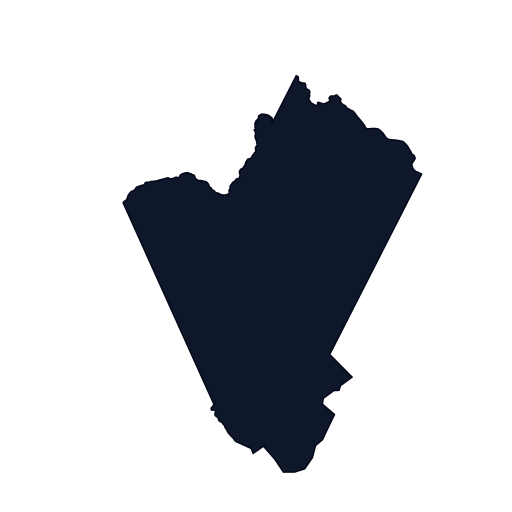 outline of Koroba/Kopiago District, Southern Highlands, Papua New Guinea, rotated 27°
{"feature_id": "67681753B5215612812424", "entity_name": "Koroba/Kopiago District", "entity_type": "district", "adm_level": 2, "iso_a3": "PNG", "parent_name": "Papua New Guinea", "parent_adm1": "Southern Highlands", "projection": "mercator", "projection_center": [142.383, -5.438], "detail": "fine", "context": "isolated", "style": "filled", "palette": "ink", "viewbox_px": 512, "rotation_deg": 27, "n_neighbors": 0, "source": "geoboundaries", "source_scale": "gbopen_adm2", "svg_char_len": 5927}
<svg xmlns="http://www.w3.org/2000/svg" viewBox="0 0 512 512"><g transform="rotate(27 256 256)"><path d="M210.0,77.1L210.0,131.8L208.8,127.3L208.3,126.5L207.7,125.9L206.8,125.5L205.1,125.4L203.8,125.0L202.9,125.0L202.3,125.1L201.2,125.5L199.7,125.7L197.2,126.7L196.6,127.1L196.2,127.5L195.4,128.9L194.8,129.7L194.8,130.4L194.9,130.7L195.3,130.9L195.5,131.1L195.5,131.4L195.7,131.5L195.4,132.4L195.4,132.8L195.4,133.5L194.9,135.0L194.7,135.9L194.8,137.4L194.9,138.4L195.4,139.4L196.0,140.1L196.0,140.3L196.2,140.6L196.2,140.9L196.7,141.9L197.4,142.4L197.7,143.0L197.7,143.3L197.6,143.9L197.2,144.6L198.1,145.1L199.6,146.5L200.0,147.1L200.2,147.6L200.2,147.8L200.4,148.0L200.5,149.1L200.8,149.9L201.4,150.6L201.5,150.8L202.4,151.8L203.4,152.5L204.1,153.1L204.5,153.8L204.9,154.1L205.9,155.6L206.3,156.0L206.6,156.5L206.6,157.5L206.4,158.2L206.4,159.9L207.1,161.1L207.7,161.8L208.1,162.4L208.2,162.7L208.2,163.2L207.8,164.9L207.8,165.9L207.7,166.6L207.5,166.8L207.3,167.9L207.2,170.6L206.6,171.7L206.2,172.2L205.5,172.8L205.3,172.9L205.0,173.2L204.6,173.6L204.6,174.3L204.4,175.6L204.3,177.3L204.5,177.8L204.5,178.1L204.8,179.0L204.9,179.5L204.9,180.2L204.7,180.6L204.6,181.9L204.7,182.0L204.5,183.4L204.3,183.8L203.4,185.1L203.0,185.8L203.0,186.3L202.8,186.6L202.8,188.0L202.9,188.3L203.7,189.7L204.9,191.0L205.2,191.5L205.4,192.2L205.5,193.0L205.6,193.4L205.5,194.1L205.3,194.6L205.0,195.1L204.6,195.4L204.1,195.7L203.7,196.1L203.4,196.7L203.3,197.7L203.1,198.8L202.9,199.5L202.7,199.6L202.7,199.8L202.0,200.7L201.7,201.5L201.7,202.3L201.6,203.4L201.3,204.0L201.3,204.5L201.3,205.3L201.4,205.8L202.1,207.3L202.2,207.8L202.2,208.3L202.2,209.4L202.2,209.9L202.5,210.4L202.9,210.8L203.3,211.4L203.4,212.1L203.4,212.6L203.3,213.0L203.0,213.6L201.6,215.0L200.8,215.7L199.7,216.3L198.9,216.5L198.4,216.9L198.0,216.9L197.6,217.1L196.2,217.2L194.4,217.1L193.8,217.2L191.8,217.7L191.3,217.7L190.8,217.6L189.2,216.9L188.2,216.9L188.2,217.0L187.1,217.0L186.4,216.8L185.5,215.9L185.1,215.7L184.3,215.7L183.2,215.5L182.6,215.1L181.4,213.8L179.2,212.7L177.5,212.5L177.2,212.7L175.1,213.1L174.8,213.3L174.5,213.3L174.1,213.5L173.2,213.6L172.5,213.8L172.1,214.0L171.8,214.4L171.6,214.4L171.4,214.7L170.9,214.6L170.5,214.8L168.6,214.8L167.1,214.5L166.3,214.0L165.5,213.1L164.9,212.5L164.1,212.1L163.7,212.1L163.3,212.3L162.8,212.4L161.9,212.4L160.8,212.3L159.8,212.6L158.0,212.6L156.9,213.0L154.7,214.5L152.9,216.4L152.3,217.2L151.8,218.2L151.9,219.9L151.7,220.8L151.5,221.0L151.1,221.7L150.6,221.9L150.0,221.9L149.9,221.8L149.4,221.9L149.1,221.9L148.4,222.6L147.2,224.2L146.0,225.2L145.1,225.8L143.9,226.2L142.2,226.2L141.2,226.9L140.8,227.3L140.5,227.5L139.1,229.0L138.6,229.3L138.2,229.8L137.8,230.0L136.8,231.0L136.4,231.3L136.1,231.5L133.5,234.1L131.3,235.7L129.0,237.0L128.3,237.6L127.4,238.6L126.6,239.1L126.2,239.5L125.4,239.9L125.0,239.9L124.6,240.2L124.3,240.5L124.1,241.0L124.1,242.0L123.9,243.1L123.7,243.6L123.2,244.0L123.1,244.3L121.2,245.7L120.8,246.1L120.4,246.7L119.0,248.1L118.5,248.7L118.1,249.8L118.0,250.4L118.0,251.4L117.5,253.0L117.1,253.6L115.7,255.0L115.2,256.0L115.2,256.4L114.9,257.3L114.6,259.4L114.6,260.5L114.7,261.3L114.9,261.7L115.0,262.4L115.0,264.7L114.8,265.5L113.8,267.0L113.3,268.4L113.8,269.2L284.3,406.0L285.4,405.7L285.7,405.8L285.8,406.1L285.5,407.0L285.5,407.7L285.8,408.3L285.9,408.7L285.5,410.4L285.1,411.3L285.1,411.9L285.4,412.5L285.8,413.0L286.1,413.4L286.9,413.3L287.9,412.8L288.9,412.1L289.6,412.2L290.0,412.4L290.4,412.8L290.6,413.2L290.7,414.0L290.8,414.6L291.2,415.4L291.6,416.2L292.0,416.5L292.4,416.7L293.0,416.8L293.5,417.2L294.7,417.1L295.1,417.1L295.7,417.4L296.2,417.9L296.9,418.8L297.2,419.2L297.9,419.5L299.0,419.7L299.9,419.8L302.1,419.7L302.2,420.3L302.4,420.6L303.8,420.9L304.1,421.0L307.3,423.5L307.7,423.5L312.0,426.5L314.0,427.1L316.3,428.0L318.0,428.6L319.2,428.9L319.6,429.3L320.0,429.4L320.5,429.9L322.2,430.4L339.1,429.7L343.1,433.2L349.0,422.1L365.0,428.5L378.5,436.1L388.6,430.9L396.0,423.5L397.8,410.0L395.1,397.9L398.7,389.3L398.4,383.3L397.9,361.6L382.4,357.8L380.6,352.2L386.4,340.6L390.9,338.1L390.2,333.0L396.6,320.3L366.4,310.3L366.4,107.8L364.1,107.8L363.4,107.9L361.8,107.8L361.1,108.0L360.6,108.3L358.4,107.8L357.0,107.3L355.9,106.5L354.0,104.6L352.7,103.3L352.7,103.0L353.3,101.7L353.1,101.1L353.5,99.1L353.4,98.9L353.6,97.0L352.3,95.4L350.8,94.6L349.6,94.4L348.2,94.3L347.1,93.1L343.2,90.6L340.9,89.2L337.5,87.9L335.5,87.4L334.2,87.4L331.6,88.1L327.3,89.5L326.1,90.1L324.4,90.8L322.2,91.5L320.4,91.9L319.4,91.8L318.1,91.4L313.6,88.9L309.2,87.6L308.1,87.4L306.6,87.5L305.5,87.8L302.9,88.9L298.9,91.3L297.5,92.1L296.4,92.2L295.0,91.6L293.0,90.2L291.1,89.2L285.6,86.8L282.8,85.7L279.3,83.9L277.9,83.3L276.3,82.8L274.1,83.1L273.2,83.1L271.8,82.7L270.3,83.1L267.6,81.6L266.4,81.5L265.7,81.7L264.9,81.9L264.5,81.7L264.2,81.4L263.1,81.2L262.2,80.7L261.3,80.4L261.0,80.2L260.5,77.7L259.5,77.2L258.6,77.1L256.5,76.4L255.7,76.0L255.1,75.9L254.5,75.9L253.9,76.7L253.6,77.2L253.2,77.7L252.8,78.1L251.9,78.5L251.4,78.9L250.6,79.1L250.0,79.6L249.5,80.7L249.4,81.8L249.5,82.4L249.8,82.6L251.4,83.5L251.5,83.7L251.5,84.1L250.8,85.0L250.3,86.3L249.7,87.0L249.0,87.7L248.4,88.8L248.0,89.0L247.5,89.8L246.9,89.9L245.7,90.0L244.9,90.2L244.2,90.4L243.3,90.4L241.8,90.7L241.4,91.1L241.3,91.6L241.6,92.1L242.2,92.6L242.5,93.2L242.3,93.5L240.4,94.8L240.2,95.3L239.8,95.4L239.6,95.0L239.0,94.7L236.4,94.6L235.4,94.4L233.2,93.2L232.8,92.7L232.4,92.6L231.7,92.3L231.2,92.0L231.4,91.5L231.3,90.7L231.4,89.9L231.2,89.2L230.9,89.0L230.9,88.4L230.3,88.1L230.0,87.5L230.0,86.7L229.9,86.0L228.6,84.5L228.0,84.2L227.2,84.1L226.0,84.1L225.0,84.1L224.7,83.9L224.2,83.3L223.4,82.6L223.0,82.0L222.8,81.4L222.5,80.9L221.9,80.4L221.2,79.9L220.6,79.9L219.8,80.3L218.6,81.0L217.6,80.9L216.8,81.0L216.4,81.2L215.9,82.0L215.5,81.1L214.5,81.0L214.1,80.4L214.0,80.0L213.8,79.5L213.3,79.3L213.0,79.0L212.8,77.9L212.4,77.3L211.7,77.1L210.0,77.1Z" fill="#0f172a" stroke="#020617" stroke-width="1.5"/></g></svg>